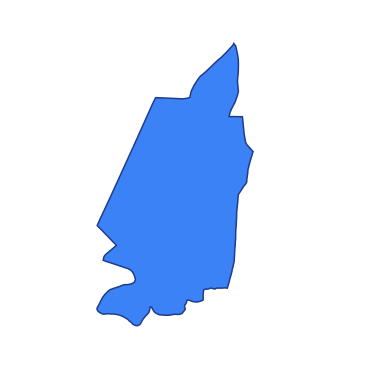 the district of An Phu, An Giang, Vietnam, rotated 209°
{"feature_id": "81297802B41294306698552", "entity_name": "An Phu", "entity_type": "district", "adm_level": 2, "iso_a3": "VNM", "parent_name": "Vietnam", "parent_adm1": "An Giang", "projection": "mercator", "projection_center": [105.093, 10.836], "detail": "fine", "context": "isolated", "style": "filled", "palette": "blue", "viewbox_px": 384, "rotation_deg": 209, "n_neighbors": 0, "source": "geoboundaries", "source_scale": "gbopen_adm2", "svg_char_len": 3746}
<svg xmlns="http://www.w3.org/2000/svg" viewBox="0 0 384 384"><g transform="rotate(209 192 192)"><path d="M236.6,89.2L236.1,89.3L232.1,89.9L227.9,90.8L222.9,91.7L217.8,92.6L213.0,93.5L211.2,93.9L207.9,94.0L206.9,93.7L205.6,93.3L203.6,92.2L201.2,90.3L200.3,89.4L200.0,89.0L199.5,88.6L199.3,88.4L198.6,85.9L199.2,84.2L199.9,83.1L201.1,81.7L203.4,79.8L206.6,77.9L209.4,74.5L212.2,71.4L213.2,70.4L215.5,67.8L216.5,66.6L217.5,64.0L218.5,60.3L218.6,59.5L219.1,56.5L219.0,52.8L218.8,49.4L218.8,47.7L218.8,45.8L218.7,44.4L218.3,43.4L217.5,42.8L216.6,42.2L215.2,41.9L212.8,41.8L211.6,41.9L210.5,42.1L209.4,42.7L207.3,44.3L202.1,46.9L200.2,47.8L196.5,49.0L194.4,49.4L191.9,49.6L190.1,49.6L186.4,49.5L184.6,48.9L182.9,48.6L180.9,48.2L179.9,47.7L178.8,47.7L176.9,47.8L174.9,48.6L173.6,50.4L173.4,50.8L173.3,51.2L173.2,51.8L173.2,56.4L173.1,57.6L172.3,61.9L171.7,63.6L171.5,64.6L171.4,65.8L171.8,68.2L172.1,68.9L172.7,70.3L172.8,71.3L172.2,71.6L171.6,71.6L170.4,70.9L169.2,70.1L168.0,69.4L166.7,68.9L164.7,68.5L162.3,68.6L160.6,69.0L159.1,69.7L157.2,70.5L153.3,72.5L151.4,73.8L149.9,75.1L147.4,77.0L144.9,78.1L143.5,79.0L141.9,80.9L141.6,81.6L141.6,82.3L141.4,83.3L141.2,84.9L141.1,85.7L141.0,86.2L141.2,86.5L141.4,86.8L141.6,87.0L142.4,87.3L142.7,87.6L142.9,88.2L143.2,88.9L143.3,89.2L143.5,89.6L143.5,89.8L143.4,90.3L143.2,91.2L143.3,92.0L143.3,92.8L143.4,93.4L143.8,94.0L143.9,94.7L143.7,95.2L143.2,95.6L142.5,95.9L141.7,96.1L140.7,96.2L139.5,96.3L138.1,96.6L135.5,97.6L134.1,98.3L133.3,99.0L132.3,100.0L131.8,100.5L131.2,101.2L130.5,101.9L130.2,102.4L129.9,103.1L130.5,104.1L131.4,105.7L132.3,107.2L133.0,108.9L134.1,111.3L134.2,112.5L133.8,112.7L133.4,113.3L132.9,113.8L131.5,114.4L131.1,114.8L130.1,115.7L129.6,116.5L128.9,117.2L127.8,117.4L124.9,118.2L124.0,119.8L120.2,121.9L116.4,124.3L114.5,125.0L115.2,128.1L115.9,131.2L116.8,134.4L117.5,137.7L118.2,140.5L118.3,140.9L119.3,144.1L120.1,147.2L120.3,147.7L121.1,150.3L121.3,151.3L122.3,153.5L123.9,156.7L125.4,159.9L126.9,163.0L128.4,166.3L129.9,169.4L131.3,172.5L133.0,175.6L134.7,178.8L136.1,181.9L137.5,184.9L139.0,188.0L139.6,189.1L140.5,191.1L142.8,195.3L145.0,200.3L147.3,205.8L148.8,208.8L149.9,211.5L150.2,212.1L149.6,221.5L149.0,224.8L148.9,227.0L150.4,230.2L152.4,235.5L153.9,238.7L154.9,242.5L156.4,248.6L158.2,257.0L166.7,259.9L167.8,260.5L169.6,261.9L174.5,268.0L184.4,282.3L185.7,281.6L189.9,279.3L192.4,278.1L193.0,277.7L193.3,277.4L193.9,277.1L195.3,276.4L196.1,276.0L197.3,280.0L197.7,283.7L197.8,287.6L197.9,291.5L198.5,295.0L199.1,298.6L200.2,302.5L202.7,306.2L205.4,310.0L207.3,313.7L208.8,317.5L210.9,321.7L213.2,326.0L215.7,330.3L218.3,333.7L221.8,337.8L223.9,340.1L224.5,340.9L227.5,342.2L227.4,341.7L227.4,340.1L228.1,337.5L228.5,335.6L228.7,334.8L228.7,334.7L229.3,332.3L230.0,329.4L230.6,327.6L231.6,324.1L233.4,319.6L234.7,315.4L235.9,311.5L237.1,307.6L238.4,303.6L239.3,301.1L240.8,297.3L241.3,294.4L241.4,293.3L241.7,289.6L241.9,285.9L241.7,282.3L241.5,279.7L241.1,278.1L240.1,274.7L239.8,273.5L241.9,271.6L244.3,269.6L246.4,268.4L251.3,266.0L253.7,264.8L260.8,261.3L268.2,257.6L269.5,256.9L269.5,255.5L269.4,254.3L269.2,249.4L269.0,247.1L268.8,244.8L268.6,242.9L268.5,241.5L268.3,239.2L268.1,236.6L268.0,235.3L267.9,234.1L267.8,232.9L267.7,231.8L267.5,229.8L267.4,228.2L267.3,226.8L267.1,224.8L266.9,222.6L266.8,221.0L266.7,219.9L266.6,218.4L266.4,216.2L266.2,214.5L266.0,212.1L265.9,210.7L265.8,208.9L265.6,206.8L265.4,204.2L265.2,202.8L265.1,200.5L261.1,149.9L259.4,125.3L258.7,116.8L258.3,116.5L250.1,114.2L248.4,113.6L246.2,112.9L245.0,112.6L239.5,110.9L236.3,109.9L232.2,108.7L233.0,106.7L234.0,103.9L234.9,101.8L236.3,97.9L237.3,95.3L237.5,94.0L237.6,93.3L237.5,92.2L237.3,91.5L236.9,90.3L236.6,89.2Z" fill="#3b82f6" stroke="#1e3a8a" stroke-width="1.5"/></g></svg>